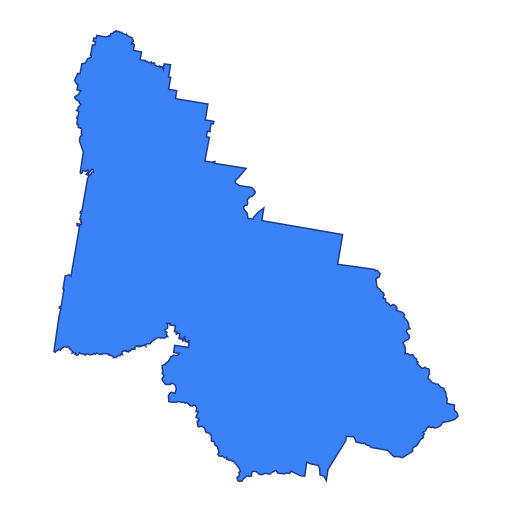 Muswellbrook, New South Wales, Australia, rotated 270°
{"feature_id": "25037944B88537048948574", "entity_name": "Muswellbrook", "entity_type": "district", "adm_level": 2, "iso_a3": "AUS", "parent_name": "Australia", "parent_adm1": "New South Wales", "projection": "orthographic", "projection_center": [150.528, -32.488], "detail": "fine", "context": "isolated", "style": "filled", "palette": "blue", "viewbox_px": 512, "rotation_deg": 270, "n_neighbors": 0, "source": "geoboundaries", "source_scale": "gbopen_adm2", "svg_char_len": 5951}
<svg xmlns="http://www.w3.org/2000/svg" viewBox="0 0 512 512"><g transform="rotate(270 256 256)"><path d="M95.9,458.1L99.6,456.8L101.2,454.8L102.9,454.2L107.0,454.5L108.6,446.9L113.3,447.2L115.6,446.0L119.7,445.8L122.0,444.1L123.8,443.8L124.6,440.9L127.8,438.2L127.9,435.9L128.8,434.5L129.1,432.5L133.4,428.4L134.9,427.8L138.3,429.5L143.0,429.0L143.7,426.2L144.8,424.9L143.6,423.0L144.3,421.0L147.4,418.5L148.0,416.9L149.9,418.1L150.7,416.8L153.1,416.4L154.6,413.9L157.4,412.9L156.8,410.0L158.3,407.8L158.3,405.0L162.6,405.5L165.8,404.8L168.7,403.1L169.8,403.5L171.8,406.0L172.3,408.0L174.1,409.4L176.7,409.3L178.1,407.7L180.8,406.3L182.6,407.3L183.3,410.0L184.9,408.9L188.1,408.6L191.0,407.3L195.2,403.8L197.1,404.5L199.6,402.6L201.7,396.3L203.8,397.1L206.7,394.8L207.6,393.1L206.1,390.7L209.3,387.4L209.7,386.0L213.2,385.4L213.9,383.1L215.6,383.1L216.8,384.2L219.4,383.3L220.2,381.6L223.4,379.0L224.9,377.0L233.2,375.9L235.1,379.2L238.2,380.1L241.6,377.2L241.0,375.7L242.5,374.8L247.7,337.6L277.4,342.6L291.4,261.8L304.0,263.8L299.4,257.9L294.9,253.8L292.8,252.9L293.6,248.0L298.8,247.2L302.5,244.1L305.0,243.6L306.5,244.8L306.9,247.1L308.8,247.7L312.1,247.2L314.8,249.6L315.8,252.1L317.5,254.0L319.1,255.1L320.7,255.1L324.5,251.7L326.4,239.3L329.0,235.5L330.1,235.1L332.3,236.0L334.4,238.5L343.6,246.1L348.6,214.6L350.5,214.9L350.1,213.0L349.6,212.9L350.9,204.9L374.7,209.4L375.2,206.4L380.7,207.3L380.2,210.9L380.6,209.7L388.4,211.1L388.0,213.4L390.6,213.9L392.0,205.3L408.0,207.9L413.3,175.5L421.4,176.7L422.6,168.6L434.7,170.7L435.0,168.6L447.2,170.6L448.1,164.2L442.3,163.3L445.1,162.2L445.4,161.3L444.7,160.2L446.0,159.7L445.5,157.3L447.2,154.4L448.2,154.8L449.3,153.9L448.6,151.5L450.0,151.3L449.2,148.7L450.6,147.3L450.7,145.4L451.5,145.3L452.1,140.1L460.1,141.5L461.5,133.4L467.1,134.3L468.4,132.9L467.6,131.9L468.1,131.3L469.2,131.5L470.9,133.2L472.2,133.0L474.3,131.8L476.3,127.3L477.9,126.5L477.3,125.4L479.0,122.0L479.8,121.5L479.5,119.7L480.6,118.9L480.5,116.6L481.3,116.0L480.2,115.1L480.1,113.8L478.6,112.6L478.3,110.7L475.9,110.1L476.2,108.9L475.0,106.1L476.6,96.7L473.6,96.2L474.0,93.8L470.8,93.2L470.3,95.5L466.8,94.8L467.2,92.5L456.6,90.5L456.4,91.2L454.6,91.3L453.4,87.8L448.8,85.2L448.3,81.9L438.2,80.0L438.6,77.8L431.7,74.6L427.8,76.8L427.6,78.0L422.1,77.0L421.4,81.1L419.5,79.4L418.0,79.2L415.3,74.9L414.1,74.9L412.1,76.4L411.0,78.8L408.6,79.6L407.7,81.1L404.7,78.1L403.3,78.3L401.5,76.5L400.5,78.8L395.6,78.0L395.7,77.3L393.7,76.9L393.5,77.8L388.3,76.8L387.2,78.2L384.6,78.3L383.6,81.6L377.9,81.3L377.0,82.2L375.3,80.2L371.4,79.4L359.9,83.3L339.1,80.2L338.5,80.8L338.9,81.9L341.5,83.0L340.6,85.8L342.2,87.8L339.8,88.2L337.7,86.2L336.9,87.5L337.2,88.6L339.7,89.1L342.8,92.0L342.6,93.1L340.2,93.6L339.5,91.5L337.4,90.8L336.5,89.4L333.7,87.6L300.5,81.8L300.7,80.5L298.9,80.2L298.7,81.4L292.5,79.8L292.3,81.1L290.0,80.7L289.8,81.7L287.5,81.3L288.5,77.0L286.4,77.0L286.1,78.8L286.7,79.7L235.8,71.0L237.2,69.1L236.0,65.2L223.0,63.0L222.8,64.0L205.6,61.2L205.5,59.5L204.0,59.3L203.7,61.0L196.0,59.1L160.4,53.9L159.8,55.4L161.2,56.0L161.3,57.6L162.7,58.4L161.8,60.5L163.1,60.9L165.3,64.0L164.8,66.9L165.6,67.9L164.6,69.3L163.3,69.3L163.2,70.1L160.3,72.7L159.0,72.0L159.2,75.3L158.4,76.0L157.7,75.1L156.7,76.6L157.1,78.2L159.3,79.4L158.3,80.6L157.9,84.2L156.8,85.1L157.7,85.6L158.1,87.1L157.2,90.2L157.7,93.1L158.6,93.9L157.7,95.4L159.0,96.6L157.5,100.0L158.3,101.1L157.5,102.1L158.5,103.0L158.1,108.6L157.2,108.5L155.8,113.2L154.4,113.2L154.6,115.9L156.6,118.4L156.3,119.9L157.8,121.1L157.4,122.4L159.8,121.8L161.1,123.4L160.9,125.5L161.5,125.9L160.3,127.0L160.6,127.8L160.1,128.5L161.5,129.3L161.1,130.3L163.2,131.6L162.5,133.1L163.0,135.1L164.8,134.8L166.1,136.2L165.3,137.6L165.8,138.4L165.4,139.4L166.4,139.8L165.6,141.4L167.1,144.3L165.6,145.8L167.0,145.6L168.3,147.2L168.3,150.2L170.7,151.9L174.2,157.4L174.6,159.9L173.8,161.0L174.5,161.9L173.9,163.4L174.2,165.1L175.3,166.1L175.3,167.7L177.8,166.3L179.8,166.9L180.2,165.7L182.1,164.7L184.0,167.6L187.4,167.7L188.7,166.8L188.6,170.2L187.1,169.9L186.2,175.4L180.3,174.4L180.0,176.5L178.0,176.1L177.9,176.6L178.9,176.8L178.4,179.8L173.3,179.0L173.0,180.9L173.9,181.0L173.7,182.1L171.0,182.8L171.8,183.8L175.4,184.4L175.3,184.9L173.3,184.6L172.4,185.4L170.5,185.3L169.8,188.1L171.3,188.5L171.2,189.0L168.0,188.9L164.6,188.4L166.7,174.7L159.5,173.6L158.7,179.4L157.7,179.2L156.1,176.5L157.0,174.3L155.2,170.9L150.4,168.3L149.4,166.4L148.2,165.7L146.4,162.1L143.1,162.3L140.9,163.1L138.6,162.1L136.2,164.2L133.4,162.0L131.8,162.3L127.6,165.5L127.5,170.7L128.8,171.0L128.8,172.6L126.8,175.4L123.0,176.3L118.7,174.9L119.8,171.2L116.6,168.4L110.3,168.8L109.6,174.3L110.5,179.5L109.5,181.5L109.8,183.8L108.8,185.0L109.4,186.8L106.6,190.1L105.9,192.2L106.9,193.6L106.9,195.0L104.2,196.8L100.4,196.0L100.4,198.4L94.9,196.0L92.7,199.2L91.2,198.9L90.8,197.1L85.8,197.9L85.1,198.9L85.8,201.5L85.1,203.1L83.7,204.6L79.5,206.2L79.0,208.9L76.6,211.3L70.7,211.5L70.3,214.3L66.9,215.0L65.5,217.3L60.0,219.0L57.7,217.9L56.1,218.7L55.7,221.6L56.2,222.6L54.2,224.5L54.6,226.6L52.6,226.9L51.8,229.1L52.3,229.7L51.2,231.3L50.9,233.5L43.9,239.1L40.7,240.5L39.6,238.9L37.4,239.5L35.7,238.8L34.4,237.0L31.3,237.8L30.7,239.7L30.9,242.1L33.0,243.1L36.3,247.3L35.5,249.2L35.9,251.5L39.7,251.7L40.8,253.4L40.4,256.2L37.6,259.4L37.3,261.9L38.7,265.2L37.9,269.8L40.7,273.7L41.4,276.2L38.7,278.1L38.2,284.6L39.0,286.1L38.6,289.6L40.9,291.1L36.3,300.4L35.8,304.7L49.8,306.7L48.0,311.1L46.7,318.0L43.7,319.7L37.1,320.0L35.9,324.0L31.5,326.3L42.7,328.0L71.4,345.8L75.6,346.3L75.2,353.6L72.7,355.3L69.9,356.1L68.4,363.5L68.9,364.6L67.2,366.2L66.0,370.0L64.6,371.0L61.7,387.6L55.3,394.0L55.4,398.1L54.4,402.6L60.8,412.7L63.3,412.5L64.7,413.5L66.2,416.6L72.5,420.6L74.5,423.5L76.0,422.9L78.1,424.3L79.6,423.0L81.4,425.7L84.0,426.6L84.9,428.6L85.7,428.7L84.3,431.3L85.1,433.2L83.9,434.5L84.5,437.3L86.5,440.8L89.7,442.5L90.5,448.3L92.7,454.8L95.9,458.1Z" fill="#3b82f6" stroke="#1e3a8a" stroke-width="1.5"/></g></svg>